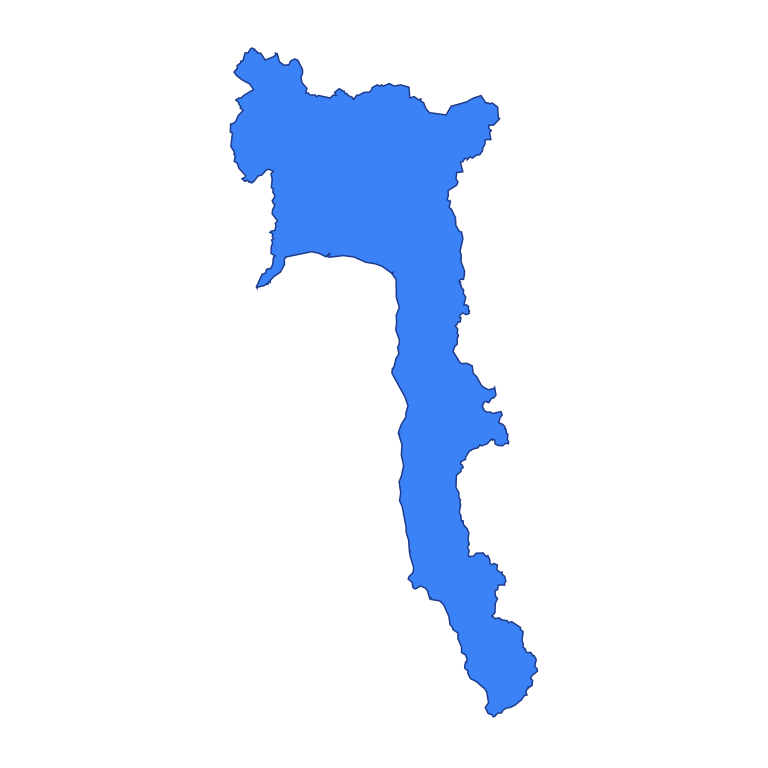 North Santo, Sanma, Vanuatu (Mercator projection), rotated 188°
{"feature_id": "77236927B16584952276885", "entity_name": "North Santo", "entity_type": "district", "adm_level": 2, "iso_a3": "VUT", "parent_name": "Vanuatu", "parent_adm1": "Sanma", "projection": "mercator", "projection_center": [166.801, -15.037], "detail": "fine", "context": "isolated", "style": "filled", "palette": "blue", "viewbox_px": 768, "rotation_deg": 188, "n_neighbors": 0, "source": "geoboundaries", "source_scale": "gbopen_adm2", "svg_char_len": 6153}
<svg xmlns="http://www.w3.org/2000/svg" viewBox="0 0 768 768"><g transform="rotate(188 384 384)"><path d="M523.1,461.3L523.2,462.1L515.8,465.0L513.7,467.5L513.5,466.6L512.4,467.0L512.7,468.0L512.0,469.4L510.8,468.9L511.2,470.5L508.3,474.8L502.2,480.4L499.2,488.5L500.1,494.0L498.5,495.9L499.6,495.8L474.3,504.9L466.6,504.4L459.2,501.9L456.4,505.6L455.6,504.9L457.8,502.4L455.6,502.0L442.2,505.5L431.3,505.6L419.1,502.0L409.2,501.8L402.3,500.3L392.6,495.2L390.4,496.0L390.8,494.7L392.0,494.8L386.6,489.3L383.8,471.4L379.5,462.1L381.4,453.7L380.0,446.3L379.9,439.3L374.8,429.7L374.5,425.7L375.6,422.3L373.4,415.8L375.6,411.3L376.5,402.6L377.6,399.1L377.2,401.4L377.9,400.1L377.6,395.7L361.3,373.9L357.2,365.8L358.3,357.9L357.7,354.4L361.3,346.3L363.0,337.8L362.6,336.6L361.0,336.8L362.4,336.2L357.7,326.3L357.0,316.3L353.2,305.8L354.0,294.9L355.4,289.3L352.3,278.6L352.3,270.5L348.9,265.2L342.1,245.0L341.5,240.5L337.8,232.6L335.6,222.0L334.1,222.0L335.4,221.5L333.9,216.7L329.0,206.2L329.0,201.4L332.4,196.8L332.9,194.2L328.4,191.3L327.4,187.2L326.0,185.7L324.3,185.5L319.7,189.1L314.8,187.7L312.4,185.7L308.7,177.8L308.0,178.8L307.4,177.2L298.7,177.0L294.4,173.9L287.4,162.9L285.1,154.9L282.9,153.3L281.5,150.4L276.1,147.7L275.4,142.2L270.6,134.3L269.8,128.8L265.7,127.1L263.6,123.4L263.3,121.0L264.4,120.1L263.7,119.7L264.7,118.5L264.8,115.1L264.0,113.3L261.2,111.9L260.7,109.1L257.4,104.3L251.4,102.3L241.7,96.1L239.4,93.2L236.1,82.9L238.7,77.7L235.0,72.3L230.7,71.3L229.6,69.7L228.0,70.3L225.8,73.7L221.9,74.7L220.6,77.7L217.5,80.3L213.8,81.3L209.6,84.3L203.9,90.4L201.7,94.9L199.2,96.0L200.4,98.3L200.3,101.3L198.8,102.5L199.3,104.0L197.2,104.3L195.4,106.3L195.6,111.0L197.9,113.1L197.0,115.7L192.1,121.0L192.7,123.1L195.4,125.4L194.9,132.3L197.4,135.8L199.0,135.8L201.2,138.6L205.1,137.9L207.3,140.2L206.9,141.1L209.7,142.8L209.9,146.0L211.7,149.4L211.7,158.0L214.9,160.0L214.9,161.9L224.6,166.4L227.4,164.8L229.0,166.8L235.2,166.8L236.2,168.1L238.1,168.3L241.2,167.1L244.8,169.2L242.3,173.0L243.3,182.2L241.7,187.4L244.2,189.5L245.3,194.4L242.9,196.3L242.9,200.9L236.5,201.7L237.0,203.6L235.9,205.6L237.7,210.3L240.6,212.0L240.9,214.2L242.6,213.5L246.6,215.9L246.6,220.6L250.3,221.6L252.0,220.0L253.7,220.6L255.0,225.0L257.4,228.6L258.9,227.3L262.3,230.5L269.3,229.2L271.3,225.9L276.0,225.0L276.8,227.2L276.4,230.7L278.7,234.0L277.3,237.1L279.3,242.1L279.2,248.1L281.4,252.1L286.0,256.1L286.5,259.4L288.4,259.3L289.5,264.2L291.6,267.3L291.3,275.1L292.5,277.7L292.1,279.4L294.0,282.3L294.8,286.9L298.3,291.4L299.5,302.5L299.1,304.3L295.6,308.1L295.9,310.6L294.0,312.2L295.1,314.4L297.1,315.5L296.9,318.0L292.8,320.6L293.1,322.5L290.4,329.0L286.3,332.3L282.0,333.9L280.6,337.0L278.8,336.3L273.5,339.2L269.8,344.5L268.7,343.4L267.5,344.4L266.5,343.9L265.6,340.1L262.3,339.0L257.9,339.4L255.5,342.1L252.6,342.2L252.4,343.7L254.1,346.3L254.4,351.5L255.9,352.3L256.9,356.2L258.3,356.6L258.3,358.5L260.9,360.6L264.9,361.5L264.5,366.4L262.7,369.8L264.3,372.9L272.4,369.9L275.2,371.1L277.4,370.3L281.7,371.9L281.8,373.5L283.6,375.1L282.2,380.3L279.9,381.0L278.6,380.0L277.4,380.4L275.8,384.5L273.3,385.6L271.6,388.7L274.0,396.1L274.7,394.7L279.9,392.8L285.5,394.9L287.8,396.6L292.9,403.8L297.2,407.1L299.2,414.3L304.9,416.0L309.7,415.0L311.6,415.7L320.2,425.9L319.2,430.9L317.1,433.5L317.9,439.7L317.0,442.2L318.5,444.5L318.6,448.4L321.6,451.9L320.2,452.9L319.3,455.7L317.1,456.1L317.0,460.2L318.8,460.9L317.4,464.0L315.8,465.4L312.6,464.2L310.9,464.7L309.4,466.0L310.2,467.6L309.5,468.2L310.7,469.5L311.2,472.7L313.4,473.8L315.9,473.4L315.1,481.2L318.2,485.1L318.2,488.1L321.0,490.7L321.6,493.0L323.2,493.8L322.2,495.4L324.1,496.2L322.6,498.5L319.9,498.6L319.6,502.4L320.0,507.2L324.6,515.6L325.6,522.8L327.2,525.8L326.1,538.9L328.3,545.2L330.6,545.6L334.9,550.9L336.4,558.7L341.5,566.4L344.0,567.8L343.6,574.2L346.9,575.1L347.1,576.5L346.5,579.0L347.4,584.5L339.8,590.9L338.9,594.2L341.3,597.3L341.4,603.5L335.5,605.1L339.2,614.2L336.7,615.3L335.5,618.6L333.0,618.7L332.8,617.7L330.3,621.1L328.1,619.9L324.0,623.7L321.1,624.3L318.7,629.1L319.3,630.7L317.5,635.4L317.6,640.2L312.2,640.9L314.4,647.7L313.0,650.0L315.3,651.2L316.4,654.8L311.5,655.7L306.4,662.7L308.0,664.0L310.0,674.0L315.9,677.3L318.6,676.1L320.2,677.0L322.2,676.4L328.1,683.1L335.6,679.4L341.5,674.8L356.2,668.4L359.9,659.1L376.7,659.0L380.8,662.4L383.9,668.0L387.0,669.2L387.1,671.4L389.5,670.3L394.1,672.7L398.3,671.0L400.6,681.4L409.1,682.5L415.5,680.4L420.5,682.3L426.4,678.7L428.1,679.9L429.4,678.2L432.2,679.4L437.0,675.8L437.2,673.6L439.3,670.8L444.2,670.1L449.0,666.5L451.1,666.3L453.7,661.5L455.4,663.5L459.2,664.5L461.5,666.5L462.9,666.1L464.3,668.5L466.0,668.1L466.7,669.3L469.6,670.1L473.5,665.9L471.7,663.3L474.6,663.0L477.1,659.7L488.9,660.6L491.1,659.0L492.2,660.6L497.5,659.9L499.7,661.7L502.0,661.2L501.5,666.1L506.9,670.7L508.3,674.0L509.0,676.8L507.9,679.5L508.4,684.1L514.4,692.6L517.6,693.5L521.5,690.8L522.5,687.0L527.3,685.7L532.5,688.6L535.7,696.2L537.6,696.5L537.0,694.8L538.8,692.8L546.6,688.3L552.3,694.5L555.3,694.1L555.8,695.5L558.7,696.4L558.5,697.4L561.6,698.3L562.7,697.6L564.7,693.0L567.6,692.6L568.7,684.3L570.8,683.7L570.5,682.2L573.9,678.8L573.0,676.6L575.9,672.0L572.8,668.8L567.0,665.5L558.8,662.4L554.1,657.4L562.6,650.7L565.2,647.5L567.7,646.9L570.3,644.6L567.1,642.6L566.5,640.6L564.3,638.8L564.9,637.4L561.6,635.1L565.7,629.6L567.2,623.9L569.3,621.2L572.1,620.1L571.2,612.1L569.5,611.8L569.0,610.2L568.7,597.9L564.0,592.4L564.7,591.0L563.1,589.2L563.3,583.7L560.1,582.2L557.7,577.5L550.0,571.0L550.5,569.3L553.2,567.6L551.3,566.2L549.6,565.4L547.6,566.8L545.6,565.0L544.6,565.6L543.2,564.6L541.1,566.4L537.7,572.4L534.2,573.9L530.0,579.9L527.6,580.6L523.3,579.3L525.2,576.3L523.2,571.3L522.9,562.8L521.0,561.9L520.7,558.3L518.4,555.6L518.8,552.6L520.3,550.3L518.8,547.4L517.3,547.1L517.3,544.3L518.6,541.3L518.4,536.9L512.0,530.6L514.0,528.1L513.0,525.4L513.4,520.9L517.1,519.6L518.1,518.2L515.2,517.4L515.0,514.2L513.6,512.7L515.3,510.9L513.8,507.7L514.8,504.8L514.0,497.6L509.5,495.7L511.1,494.2L510.9,486.8L512.1,482.9L516.3,481.2L516.7,477.5L520.0,475.6L523.9,462.2L523.1,461.3Z" fill="#3b82f6" stroke="#1e3a8a" stroke-width="1.5"/></g></svg>